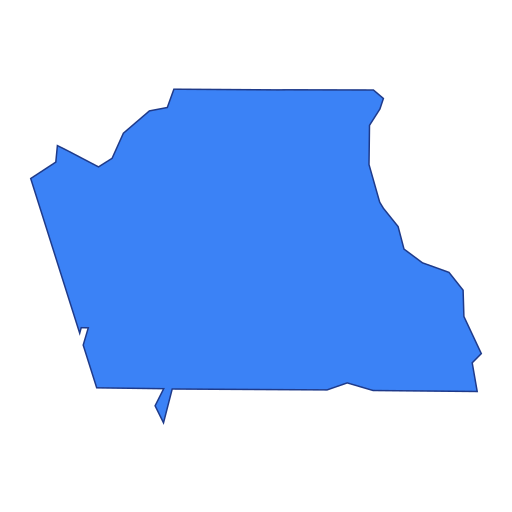 outline of Coweta, Georgia, United States of America
{"feature_id": "52423323B16725270488518", "entity_name": "Coweta", "entity_type": "district", "adm_level": 2, "iso_a3": "USA", "parent_name": "United States of America", "parent_adm1": "Georgia", "projection": "albers", "projection_center": [-84.751, 33.351], "detail": "fine", "context": "isolated", "style": "filled", "palette": "blue", "viewbox_px": 512, "rotation_deg": 0, "n_neighbors": 0, "source": "geoboundaries", "source_scale": "gbopen_adm2", "svg_char_len": 633}
<svg xmlns="http://www.w3.org/2000/svg" viewBox="0 0 512 512"><path d="M481.3,353.6L463.9,316.5L463.1,290.2L449.0,272.4L422.4,262.8L404.0,249.1L398.1,226.6L383.4,208.3L379.7,202.2L369.0,164.6L369.5,125.3L379.9,109.0L383.4,98.5L373.4,90.0L286.6,89.8L278.3,89.9L173.9,89.2L167.3,107.5L149.4,110.9L123.4,133.2L112.1,158.3L98.5,166.9L66.8,150.3L57.4,145.6L55.8,162.1L30.7,178.5L79.7,333.2L81.2,327.7L88.3,327.8L83.2,345.1L96.7,387.8L102.6,387.9L163.7,388.7L155.1,405.8L163.5,422.8L172.2,389.0L221.9,389.3L327.1,389.9L347.2,382.9L373.1,390.5L477.2,391.5L472.2,362.8L481.3,353.6Z" fill="#3b82f6" stroke="#1e3a8a" stroke-width="1.5"/></svg>